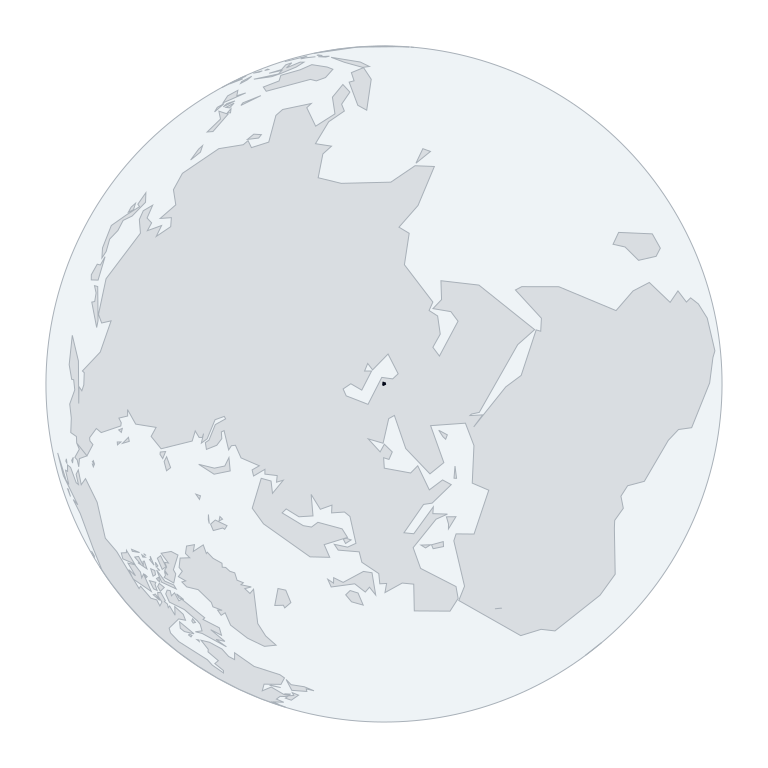 Qobustan on an orthographic globe, rotated 239°
{"feature_id": "AZE-1711", "entity_name": "Qobustan", "entity_type": "District", "adm_level": 1, "iso_a3": "AZE", "parent_name": "Azerbaijan", "parent_adm1": "", "projection": "orthographic", "projection_center": [48.882, 40.527], "detail": "fine", "context": "on_globe", "style": "filled", "palette": "ink", "viewbox_px": 768, "rotation_deg": 239, "n_neighbors": 0, "source": "natural_earth", "source_scale": "10m", "svg_char_len": 11182}
<svg xmlns="http://www.w3.org/2000/svg" viewBox="0 0 768 768"><g transform="rotate(239 384 384)"><circle cx="384" cy="384" r="338" fill="#eef3f6" stroke="#a8b0b8"/><path d="M353.7,47.4L363.4,46.8L370.3,46.5L393.2,50.1L429.3,56.9L445.0,58.1L438.2,59.3L470.7,62.0L493.0,68.8L465.2,61.9L460.3,62.1L474.1,66.6L472.1,67.8L477.6,71.0L473.9,72.4L457.9,69.3L455.2,70.3L465.2,73.6L467.8,77.7L453.6,72.6L456.6,79.4L430.4,77.2L395.4,65.7L378.1,68.6L334.8,68.7L336.0,71.2L320.4,73.9L316.0,78.0L309.2,77.6L311.5,81.4L318.6,81.0L321.9,82.7L320.0,85.3L311.0,85.0L310.7,83.7L307.0,85.0L303.4,83.9L304.1,85.9L293.4,85.8L301.0,90.0L290.0,93.3L283.7,92.2L288.4,87.0L285.4,74.1L280.5,72.8L268.9,75.4L238.6,90.6L231.5,92.0L219.0,97.6L221.0,98.8L231.5,95.0L232.2,99.5L245.0,95.2L247.1,96.7L258.6,95.2L252.5,101.4L240.3,108.6L230.4,110.5L224.7,114.0L230.6,117.5L208.8,127.2L188.5,145.0L183.3,147.3L179.6,141.0L188.5,126.6L183.7,121.6L182.3,131.3L169.4,138.3L165.4,142.5L163.5,146.3L166.7,146.4L161.3,150.5L160.7,141.7L165.5,137.7L165.7,140.3L169.8,134.0L169.3,129.5L162.8,134.2L168.9,124.9L164.3,128.4L163.1,128.8L169.9,123.6L157.7,133.2L159.0,131.9L177.4,116.6L196.9,102.6L217.4,90.0L238.6,79.0L260.6,69.4L283.2,61.5L306.4,55.1L329.9,50.4L353.7,47.4ZM47.7,416.9L49.4,430.9L50.3,437.3L47.7,416.9ZM365.9,46.6L373.7,46.3L363.8,46.7L358.4,47.0L365.9,46.6ZM391.4,47.2L386.2,47.2L384.2,46.5L387.8,46.6L391.4,47.2ZM456.6,59.2L449.0,57.3L457.1,58.8L456.6,59.2ZM479.0,71.3L481.8,71.6L483.5,73.2L479.0,71.3ZM261.2,92.0L259.9,93.5L258.4,93.0L261.2,92.0ZM267.4,90.0L266.6,88.3L269.5,87.2L269.9,88.2L267.4,90.0ZM479.4,77.0L481.2,79.9L476.6,76.3L479.4,77.0ZM267.7,92.5L274.6,85.4L279.6,83.6L285.4,86.3L267.7,92.5ZM480.4,81.3L485.0,89.2L491.7,90.2L475.4,92.4L476.9,84.5L470.2,79.7L476.9,81.9L480.4,81.3ZM321.7,79.8L314.1,80.3L322.2,77.6L321.7,79.8ZM326.0,77.7L346.2,68.5L356.4,69.6L347.6,72.2L362.3,72.3L357.4,77.3L348.2,78.4L342.6,76.5L345.0,80.0L326.0,77.7ZM465.7,92.8L464.4,94.5L462.7,92.2L465.7,92.8ZM323.9,83.2L327.1,81.0L336.2,81.7L331.5,86.3L330.1,84.5L323.9,83.2ZM368.6,70.1L374.5,71.8L372.1,76.3L374.1,77.6L358.1,77.6L368.6,70.1ZM327.0,85.7L328.9,88.7L322.8,90.9L321.5,85.5L327.0,85.7ZM340.5,80.1L344.6,80.7L340.8,81.8L340.5,80.1ZM302.4,101.3L306.0,98.1L311.0,98.1L302.4,101.3ZM330.0,89.8L332.1,89.0L334.5,88.8L334.4,91.3L330.0,89.8ZM357.6,81.0L355.4,82.6L364.0,81.2L362.6,84.8L352.2,84.3L356.1,86.1L355.7,87.3L347.6,85.6L357.6,81.0ZM341.6,93.3L327.9,94.6L320.1,100.3L315.4,100.3L328.7,91.3L341.6,93.3ZM345.8,88.9L342.2,91.5L338.2,89.9L338.2,87.1L345.8,88.9ZM365.4,87.7L370.2,82.1L372.3,82.5L365.4,87.7ZM340.1,95.2L343.5,94.9L340.0,95.7L340.1,95.2ZM358.5,90.2L359.9,88.1L362.3,88.5L358.5,90.2ZM349.0,96.2L344.5,96.5L344.4,94.5L349.0,96.2ZM354.0,93.7L356.9,94.9L347.1,93.6L354.2,92.6L354.0,93.7ZM360.5,91.0L362.4,90.6L359.6,91.8L360.5,91.0ZM351.9,104.1L339.6,103.0L339.3,98.4L351.4,100.0L351.9,104.1ZM91.7,460.4L84.3,403.4L92.8,392.3L97.9,371.6L159.9,336.6L169.2,348.9L213.6,363.1L218.4,368.6L209.0,383.9L239.0,419.1L253.6,408.6L284.9,429.4L308.5,433.6L324.3,402.5L285.8,394.8L283.3,377.1L317.5,369.4L351.7,376.7L351.9,370.2L333.7,352.7L345.1,342.2L327.8,345.7L332.2,353.3L321.5,356.1L316.8,349.4L321.0,345.7L311.7,340.9L294.0,361.0L296.5,370.8L269.9,368.3L271.6,384.8L263.1,389.8L257.1,363.9L260.4,355.9L246.2,324.5L240.3,332.4L253.3,363.0L247.7,359.1L239.8,371.4L241.3,359.0L228.7,324.7L207.1,320.4L173.3,341.4L162.0,337.1L155.3,323.6L173.9,293.1L197.1,306.4L204.0,297.1L204.7,277.4L211.7,283.5L214.9,277.5L224.2,281.9L242.6,273.2L252.9,276.3L265.2,259.2L272.2,258.8L262.9,268.8L261.9,277.9L288.0,286.6L294.6,284.2L300.5,272.7L307.0,277.0L309.4,264.9L326.9,264.7L307.5,255.2L314.0,242.7L327.3,235.8L326.0,230.3L304.2,241.8L298.7,248.2L299.5,256.1L281.4,273.5L271.3,273.7L277.1,250.0L263.4,248.2L273.9,231.6L326.2,208.7L345.4,207.1L366.4,230.2L359.0,237.2L347.7,232.1L353.4,248.1L355.2,241.3L360.5,245.3L368.1,235.5L372.2,238.0L372.3,224.8L378.3,226.7L378.1,235.0L394.3,223.4L408.0,225.1L409.7,221.4L407.5,216.9L426.4,222.9L426.7,219.9L420.7,216.8L417.6,209.1L419.4,198.1L425.8,200.7L426.0,205.0L436.1,218.5L435.7,230.3L438.5,230.4L440.4,220.8L428.1,204.2L427.4,197.0L434.4,203.8L431.8,200.7L433.4,198.0L441.0,198.0L433.9,190.2L443.3,159.6L459.0,157.4L464.2,166.3L477.5,150.5L494.2,151.0L488.6,147.8L491.3,139.2L486.1,138.8L483.6,136.8L488.0,116.6L494.0,114.5L489.6,104.0L486.7,102.6L482.0,103.3L475.4,92.4L491.7,90.2L497.4,93.3L503.7,90.5L515.8,98.4L528.7,104.3L538.2,115.9L547.5,120.2L548.9,118.7L562.7,124.1L586.3,141.9L561.1,133.9L524.5,112.3L538.9,121.2L533.8,121.5L537.8,126.2L548.1,132.9L550.5,132.2L557.5,157.2L578.7,182.6L581.7,173.4L590.7,175.1L617.4,200.0L638.7,252.9L651.0,259.0L656.5,266.9L656.4,277.8L648.3,266.4L641.8,267.8L637.3,260.1L634.4,275.0L627.8,264.8L628.7,282.2L636.1,287.4L641.2,277.4L644.8,297.8L659.0,303.6L668.4,319.7L670.8,363.6L661.6,386.6L662.6,392.8L654.9,392.1L650.7,409.8L669.9,429.7L671.5,438.5L661.9,466.1L660.6,460.1L640.2,458.2L640.8,481.1L656.4,487.5L661.9,503.0L651.8,505.1L645.7,491.8L638.4,490.6L637.3,471.7L625.3,449.0L614.9,461.5L612.7,450.1L594.7,433.8L578.0,450.7L553.5,493.8L555.1,523.0L544.5,539.2L519.5,505.1L510.7,477.6L500.2,483.2L475.7,462.9L429.1,468.1L423.8,460.5L414.7,465.0L397.8,457.9L390.3,444.8L379.4,445.9L399.7,479.8L411.6,478.6L423.4,464.8L426.7,476.8L443.2,486.0L419.9,516.3L353.0,541.1L348.9,518.9L310.6,451.0L313.1,443.8L313.1,443.0L312.7,441.4L306.7,452.7L301.0,438.8L318.8,486.9L320.7,506.0L352.0,542.3L348.5,545.5L359.3,552.8L396.9,545.1L396.5,552.2L377.3,584.0L327.4,620.7L335.5,645.4L334.4,663.7L306.6,671.3L312.4,683.9L298.5,685.4L299.9,691.2L290.7,694.7L274.0,695.0L242.0,684.7L237.3,679.6L217.2,663.7L188.1,625.2L193.3,613.0L189.3,598.7L166.5,557.0L171.3,540.4L165.8,529.3L154.2,525.1L148.3,511.5L141.6,507.1L101.9,484.2L91.7,460.4ZM134.2,363.3L131.5,369.1L131.4,369.1L134.2,363.3ZM385.5,401.4L407.6,402.9L402.0,381.5L410.0,380.6L405.1,374.0L401.5,380.0L390.2,361.8L401.3,355.7L400.8,346.4L393.3,345.5L374.8,359.8L390.8,385.5L383.9,394.1L385.5,401.4ZM169.5,138.8L169.4,139.6L166.5,143.9L165.9,142.8L169.5,138.8ZM165.6,159.7L157.1,166.0L162.7,160.3L160.2,159.5L168.9,147.2L181.2,147.9L174.1,149.5L165.6,159.7ZM184.0,132.0L177.0,139.1L184.1,131.4L184.0,132.0ZM223.0,242.6L224.4,248.6L218.2,254.1L205.2,252.3L214.0,244.0L223.0,242.6ZM227.8,256.0L237.2,234.2L245.6,235.2L239.3,238.2L243.9,241.1L235.0,246.8L233.9,269.9L228.4,276.5L207.4,268.2L217.3,266.9L215.3,260.8L227.8,256.0ZM246.2,183.8L250.4,176.3L263.3,187.8L257.9,193.6L244.6,191.6L243.2,183.6L246.2,183.8ZM276.7,99.6L277.4,97.3L279.9,97.2L281.3,99.0L276.7,99.6ZM303.7,99.8L275.9,109.9L275.4,107.6L259.8,117.3L252.3,115.3L262.7,108.9L245.3,115.1L251.6,108.5L239.9,113.6L263.8,99.7L268.8,94.7L266.1,100.9L272.8,102.7L277.2,102.0L293.5,96.7L307.6,87.7L316.5,88.8L319.0,92.0L317.0,94.3L311.9,92.7L312.9,96.9L303.8,96.5L303.7,99.8ZM343.9,138.8L338.7,134.3L339.2,146.2L330.2,144.4L330.8,145.9L322.6,147.7L313.8,152.8L310.3,151.0L308.3,153.8L302.9,155.4L299.0,158.8L291.5,157.0L286.1,161.1L285.6,158.0L278.4,165.7L280.3,159.3L273.5,161.2L275.3,166.5L243.7,152.4L229.0,152.8L215.7,157.0L220.7,146.4L236.4,136.1L256.3,128.3L269.7,130.0L269.6,125.3L275.9,124.9L273.4,128.7L281.1,122.6L285.7,123.5L303.4,118.8L311.7,110.4L318.4,108.8L317.4,112.6L324.8,108.5L327.4,114.7L332.3,113.9L339.8,119.6L335.1,128.0L340.9,126.5L346.8,131.3L343.9,138.8ZM353.7,105.8L350.1,115.3L343.5,119.3L333.2,107.8L328.5,107.7L321.7,101.3L331.5,95.9L332.5,98.1L335.8,99.1L331.4,100.4L337.4,100.1L339.0,103.4L344.1,104.2L341.6,107.0L353.7,105.8ZM226.6,364.6L230.8,367.2L238.0,369.1L233.2,377.3L226.6,364.6ZM217.5,341.3L221.7,341.9L218.4,353.6L214.0,351.3L217.5,341.3ZM226.9,332.7L222.2,341.1L222.1,335.2L226.9,332.7ZM267.1,268.9L271.9,269.2L271.3,272.1L267.3,275.5L267.1,268.9ZM343.4,176.5L341.5,172.6L343.6,171.6L346.3,162.2L353.2,163.2L354.3,169.3L343.4,176.5ZM316.2,407.1L307.8,412.1L304.9,408.4L308.4,407.4L316.2,407.1ZM267.2,395.5L277.1,402.6L265.8,397.6L267.2,395.5ZM351.3,176.0L351.6,172.0L354.9,175.1L351.3,176.0ZM358.3,163.6L362.6,166.3L354.3,162.3L358.3,163.6ZM393.1,663.2L374.5,691.3L358.1,690.8L353.3,683.0L358.9,665.9L377.3,661.2L385.8,652.3L393.1,663.2ZM697.3,500.4L700.3,495.7L700.0,497.0L697.3,500.4ZM694.3,502.4L698.4,496.2L693.1,506.1L694.3,502.4ZM699.8,493.8L703.9,484.8L705.6,480.0L704.9,482.9L699.8,493.8ZM691.3,506.9L672.2,529.5L663.7,535.0L666.4,528.8L680.1,515.8L691.3,506.9ZM665.7,529.4L651.8,530.0L627.6,510.2L636.4,505.1L660.7,509.6L659.3,514.5L667.7,516.4L665.7,529.4ZM696.5,474.0L694.9,486.6L685.0,498.5L680.1,502.3L676.8,491.7L678.7,482.1L683.0,477.8L695.6,433.8L700.7,433.5L697.8,450.1L701.7,454.6L696.5,474.0ZM556.8,525.1L565.7,538.5L559.4,543.6L556.8,525.1ZM697.7,407.9L694.6,427.0L696.5,404.8L697.7,407.9ZM697.1,389.3L698.8,394.7L695.5,392.1L697.1,389.3ZM665.2,401.1L660.9,407.3L659.4,403.2L664.0,392.9L665.2,401.1ZM675.6,333.6L680.8,346.1L681.8,351.3L677.3,346.1L675.6,333.6ZM410.6,183.8L399.2,195.3L395.7,205.3L400.8,213.2L388.7,207.4L394.2,191.9L410.6,183.8ZM438.6,162.0L434.0,155.9L439.1,155.8L440.9,157.2L438.6,162.0ZM433.6,160.2L422.2,158.0L421.6,152.9L430.8,155.6L433.6,160.2ZM386.5,166.0L382.7,169.1L380.1,166.4L386.5,166.0ZM657.0,583.1L657.8,582.1L658.9,580.6L657.0,583.1ZM659.9,579.1L666.7,568.4L686.6,534.5L702.9,495.7L703.5,494.1L694.9,516.5L684.7,538.2L673.0,559.1L659.9,579.1ZM704.6,487.1L709.8,470.3L711.5,465.0L704.6,487.1ZM720.0,419.8L719.3,424.9L719.1,423.0L720.3,413.8L718.3,420.1L720.7,406.2L720.7,412.2L721.6,397.6L720.0,419.8ZM714.2,443.2L713.8,446.6L712.9,447.2L714.2,443.2ZM715.6,437.6L717.8,432.0L715.1,441.0L715.6,437.6ZM704.1,453.3L705.4,458.0L709.5,445.6L706.3,458.1L708.2,464.2L706.8,470.4L705.2,463.2L703.1,477.9L701.1,481.1L700.9,472.0L703.4,455.0L705.3,446.0L712.3,429.4L704.1,453.3ZM715.9,429.1L715.1,423.2L715.5,415.9L716.5,417.8L715.9,429.1ZM711.0,410.0L706.9,406.3L704.7,415.4L707.9,390.9L711.5,398.4L711.0,410.0ZM705.3,393.7L703.4,402.1L704.4,389.0L705.3,393.7ZM702.0,400.2L700.2,393.9L702.6,390.9L702.0,400.2ZM706.7,391.4L704.5,378.9L707.0,383.6L706.7,391.4ZM695.3,380.3L702.9,383.0L695.6,389.3L688.5,367.4L691.1,362.2L695.3,380.3ZM666.9,264.1L662.4,259.0L662.9,253.3L665.8,258.3L666.9,264.1ZM660.3,231.9L661.6,250.1L661.9,265.8L664.9,265.6L670.6,278.4L662.6,273.2L657.7,254.6L658.6,244.7L652.6,234.9L649.5,223.5L640.7,214.1L637.3,207.1L645.6,212.8L660.3,231.9ZM636.8,210.5L620.3,192.4L624.0,186.7L628.4,189.4L634.4,199.9L632.1,202.2L636.8,210.5ZM617.4,186.5L615.0,188.8L585.7,171.6L580.4,166.8L604.7,175.7L603.7,178.5L610.3,184.1L617.4,186.5ZM468.0,95.4L464.7,94.6L467.6,94.0L468.0,95.4ZM480.7,136.8L477.8,133.9L481.3,132.9L480.7,136.8ZM471.7,125.5L469.8,128.6L469.1,124.2L471.7,125.5ZM466.0,136.1L467.8,129.3L469.9,137.5L466.0,136.1Z" fill="#d9dde1" stroke="#a8b0b8" stroke-width="1"/><path d="M383.6,385.2L383.4,385.1L383.2,385.1L383.1,384.9L383.2,384.7L383.3,384.6L383.4,384.4L383.3,384.2L383.3,383.9L383.2,383.7L383.3,383.4L383.3,383.1L383.3,382.9L383.5,382.7L383.9,382.7L384.2,382.9L384.3,383.0L384.5,383.3L385.0,383.5L385.4,384.0L385.7,384.1L385.6,384.3L385.4,384.5L385.2,384.6L384.9,384.8L384.6,385.0L384.4,385.2L384.3,385.3L384.2,385.4L384.0,385.2L383.9,385.2L383.6,385.2Z" fill="#0f172a" stroke="#020617" stroke-width="1.5"/></g></svg>